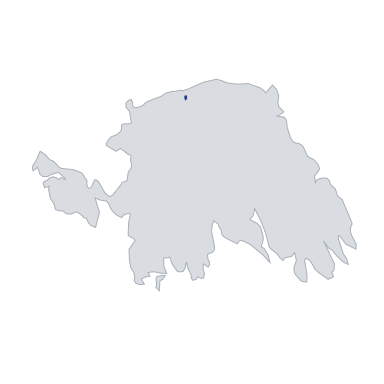 South West Inner City Lea-5, Dublin, Ireland shown in context, rotated 261°
{"feature_id": "5873133B41660382449043", "entity_name": "South West Inner City Lea-5", "entity_type": "district", "adm_level": 2, "iso_a3": "IRL", "parent_name": "Ireland", "parent_adm1": "Dublin", "projection": "albers", "projection_center": [-6.305, 53.339], "detail": "fine", "context": "in_parent", "style": "filled", "palette": "blue", "viewbox_px": 384, "rotation_deg": 261, "n_neighbors": 0, "source": "geoboundaries", "source_scale": "gbopen_adm2", "svg_char_len": 4058}
<svg xmlns="http://www.w3.org/2000/svg" viewBox="0 0 384 384"><g transform="rotate(261 192 192)"><path d="M244.1,59.9L236.8,65.0L235.7,66.9L233.5,74.8L233.2,77.0L228.5,85.7L225.8,87.4L222.0,88.8L219.7,90.1L217.0,89.4L213.5,89.4L211.7,90.9L211.8,92.1L212.8,93.5L219.2,97.7L218.8,99.4L216.9,101.2L205.1,105.7L201.6,108.4L200.3,110.3L201.5,113.4L210.6,123.1L212.2,124.2L213.4,129.7L221.6,132.1L225.0,135.6L227.9,136.5L234.2,136.3L236.7,137.6L238.2,136.7L239.1,134.9L246.2,128.3L244.1,123.3L251.3,114.8L253.3,115.0L256.6,117.6L259.3,121.2L260.2,126.1L262.7,130.5L264.4,132.0L269.0,132.9L270.0,134.6L269.2,140.9L269.8,143.0L281.5,142.8L286.1,140.1L290.2,140.6L292.2,143.4L293.0,146.3L289.6,147.4L285.9,146.8L284.2,148.7L284.1,152.4L285.3,157.2L287.7,160.5L289.7,168.1L291.3,176.5L293.8,181.6L294.4,187.9L294.0,191.0L294.5,196.5L293.4,198.5L294.2,203.7L298.6,220.5L299.5,233.7L297.4,238.6L294.5,243.3L292.7,248.8L291.2,254.8L290.3,264.5L284.1,275.8L281.4,278.6L278.3,280.3L285.1,288.2L279.5,291.7L273.5,292.8L266.8,290.8L262.6,291.1L257.3,295.1L256.1,294.4L253.6,287.9L251.7,294.5L247.9,296.6L241.2,296.1L230.2,297.7L225.9,299.6L224.1,302.5L222.7,305.9L220.9,307.9L218.9,309.0L210.3,311.4L208.6,312.3L204.5,317.8L199.2,320.9L194.9,321.8L191.1,318.4L189.6,316.4L187.9,315.4L182.0,315.4L183.8,316.4L184.9,318.8L185.4,323.2L184.6,327.4L181.6,329.5L178.1,329.8L172.5,334.1L165.2,335.1L161.1,339.1L136.8,345.1L135.4,345.1L132.2,343.2L128.6,342.2L125.0,342.6L114.7,346.0L109.9,345.0L116.5,335.7L125.1,331.2L126.0,329.9L123.4,329.2L107.3,331.8L101.7,334.4L96.1,334.9L98.9,330.7L106.3,325.0L112.6,321.4L115.4,318.0L123.1,314.3L98.7,321.4L92.4,320.0L91.0,317.6L86.1,318.5L84.5,312.8L92.3,304.7L96.7,301.3L101.8,299.6L106.8,297.0L108.7,293.7L106.5,292.5L92.0,292.6L85.2,291.4L85.7,288.7L87.1,285.8L94.6,281.0L98.5,280.4L101.9,281.0L107.8,284.4L116.0,283.8L112.8,280.4L112.5,273.6L110.0,271.2L113.5,268.3L117.4,266.5L124.0,260.4L126.2,259.5L138.7,258.5L152.2,255.6L165.7,251.4L159.0,248.6L155.8,245.0L150.4,251.8L146.5,254.3L135.8,255.3L132.5,254.4L127.8,252.0L126.3,252.7L124.9,254.4L117.6,257.4L110.2,257.9L119.1,252.0L130.5,241.9L133.1,238.6L136.8,232.9L135.8,230.3L133.7,228.7L142.0,217.0L144.9,214.9L149.9,214.8L153.6,213.0L155.3,213.1L156.7,212.4L160.1,208.9L155.2,206.5L150.1,205.1L134.3,205.7L132.2,205.3L130.3,204.1L129.1,202.5L128.3,198.3L127.2,197.4L123.6,197.2L120.0,198.3L117.6,198.0L115.3,196.1L119.3,192.1L114.4,190.9L109.4,191.5L105.3,190.0L105.3,187.3L107.3,184.8L105.0,182.2L104.6,179.1L107.3,177.6L110.2,178.3L116.2,176.3L123.7,175.5L117.4,172.9L114.9,170.8L115.0,167.8L115.6,165.3L123.2,161.3L131.2,159.8L130.8,156.9L131.4,153.8L123.5,152.5L115.6,154.3L116.7,148.5L118.8,143.2L119.4,139.7L119.2,135.9L115.5,137.3L115.3,132.0L113.9,128.3L108.4,130.5L108.8,125.7L110.5,122.4L113.4,121.1L116.2,121.9L121.4,122.1L126.5,119.8L133.8,119.5L145.3,120.8L152.9,128.3L155.0,127.1L158.4,122.7L159.9,122.3L171.8,124.6L179.1,127.5L181.1,126.7L180.2,121.7L177.8,118.2L181.1,113.7L185.1,110.8L187.8,109.3L193.8,107.6L196.5,105.9L198.4,100.1L201.3,95.3L186.2,97.4L172.1,91.2L174.5,87.2L177.6,85.0L182.8,83.4L183.4,81.2L186.1,79.6L190.5,75.1L189.1,68.9L190.1,64.5L193.3,61.7L194.4,57.6L195.8,54.6L202.1,53.7L208.2,51.0L217.5,50.8L219.9,52.0L219.4,47.0L223.8,46.4L225.5,47.5L226.2,51.0L228.1,53.3L228.7,57.3L227.3,60.3L225.0,62.6L227.0,65.0L223.8,69.3L227.2,67.5L232.2,63.4L232.0,59.9L231.2,55.5L229.9,51.6L230.6,47.2L233.4,44.6L240.6,43.3L237.7,38.4L240.3,38.0L243.1,39.0L247.3,42.9L256.0,48.4L251.7,53.1L246.3,56.4L244.1,59.9ZM114.1,150.3L113.8,152.6L110.5,149.5L109.0,146.3L99.5,144.3L103.6,141.4L105.5,142.4L112.3,142.9L114.1,144.3L114.1,150.3Z" fill="#d9dde1" stroke="#a8b0b8" stroke-width="1"/><path d="M285.7,200.9L286.0,200.9L286.5,201.1L287.3,201.4L287.5,201.4L287.5,201.2L287.6,200.9L287.6,200.4L287.6,200.2L287.1,200.1L286.8,200.0L286.7,200.0L286.5,199.9L285.9,199.9L285.3,200.1L284.9,200.1L285.0,200.2L285.0,200.4L285.1,200.5L285.3,200.7L285.2,200.6L285.3,200.6L285.1,200.9L285.1,201.0L285.7,200.9Z" fill="#3b82f6" stroke="#1e3a8a" stroke-width="1.5"/></g></svg>